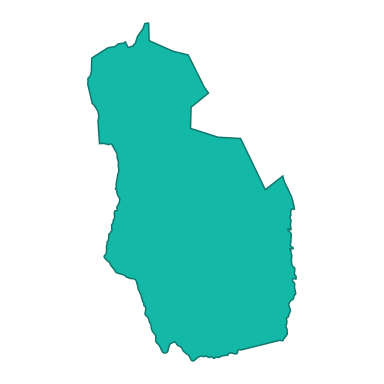 Guajiquiro, La Paz, Honduras
{"feature_id": "27666195B37681585704124", "entity_name": "Guajiquiro", "entity_type": "district", "adm_level": 2, "iso_a3": "HND", "parent_name": "Honduras", "parent_adm1": "La Paz", "projection": "equal_earth", "projection_center": [-87.784, 14.092], "detail": "fine", "context": "isolated", "style": "filled", "palette": "teal", "viewbox_px": 384, "rotation_deg": 0, "n_neighbors": 0, "source": "geoboundaries", "source_scale": "gbopen_adm2", "svg_char_len": 6040}
<svg xmlns="http://www.w3.org/2000/svg" viewBox="0 0 384 384"><path d="M208.5,93.0L204.2,87.0L188.2,55.0L172.6,51.1L149.1,40.6L149.0,35.2L148.6,23.2L147.9,23.0L146.1,23.4L145.3,23.4L145.1,23.5L144.8,23.7L142.9,28.9L140.0,32.8L137.6,36.4L137.1,37.7L136.7,39.2L136.1,40.8L135.8,42.1L135.6,42.6L135.0,43.5L133.3,45.3L133.0,46.1L128.1,47.5L125.4,41.9L124.6,42.5L123.5,43.1L122.0,43.4L118.5,43.8L117.9,44.1L116.9,45.1L115.7,46.0L114.2,46.8L113.4,46.9L111.9,47.1L108.8,47.6L107.2,48.2L91.8,58.0L91.3,72.4L90.9,73.1L90.7,74.4L90.1,75.8L89.4,77.0L88.6,77.5L88.3,77.8L88.1,78.5L87.9,79.3L88.0,81.7L87.8,84.2L87.9,84.9L88.3,86.5L92.3,103.7L93.3,104.4L94.2,105.3L96.9,109.6L97.4,110.5L97.8,111.4L98.2,113.0L98.5,114.1L98.7,115.6L98.7,117.4L98.6,118.3L98.1,119.7L98.0,120.9L99.5,143.7L100.5,143.5L104.0,143.5L107.2,144.2L108.4,144.6L108.9,144.6L110.1,144.0L110.7,143.9L111.2,144.0L111.9,144.5L112.2,144.9L112.5,146.0L112.9,146.2L113.4,146.9L113.7,147.7L114.2,148.8L115.6,151.1L116.9,153.7L117.1,154.7L117.3,155.6L117.1,157.3L117.2,158.0L118.2,161.1L118.5,162.4L118.5,163.1L118.3,164.3L118.3,165.8L118.8,169.8L118.8,170.8L118.5,172.5L117.7,174.7L117.3,178.2L117.0,179.5L116.6,180.7L116.5,182.2L116.1,184.1L116.3,186.3L116.2,187.0L116.0,187.7L115.6,188.3L115.5,188.7L115.5,189.0L116.4,189.8L116.6,190.1L116.8,190.9L116.9,192.8L117.3,194.1L117.5,194.8L119.0,197.4L119.6,198.4L119.8,199.3L119.8,199.9L119.5,200.8L119.1,203.1L118.8,203.5L117.9,205.4L116.8,206.9L116.8,207.9L117.2,209.5L117.1,210.1L116.9,210.4L116.6,210.6L115.0,210.8L114.7,211.3L114.4,211.9L114.3,212.8L114.3,213.7L114.6,216.3L114.4,218.1L113.1,220.9L113.1,221.4L113.2,222.3L113.1,222.8L112.2,224.0L111.7,224.8L111.6,225.3L111.6,226.0L111.7,227.0L111.7,229.2L111.9,230.0L111.9,230.5L111.6,231.0L110.7,231.9L109.8,233.6L108.8,234.1L108.8,234.6L108.9,235.4L108.8,237.2L108.3,240.5L107.8,241.3L107.5,241.6L107.2,241.6L107.1,241.8L107.2,243.4L107.1,244.1L106.7,245.1L106.5,246.7L106.4,247.7L106.6,249.0L106.5,250.1L106.5,251.7L106.3,252.8L106.1,253.6L105.7,254.3L105.4,254.7L104.8,255.2L104.2,256.0L104.1,256.6L104.2,257.2L105.4,258.8L105.9,259.3L106.9,260.4L108.0,261.3L108.9,261.8L109.3,262.2L110.5,264.8L110.9,265.5L114.2,269.5L115.6,271.9L115.9,272.3L117.0,272.8L118.3,273.4L121.2,274.1L124.3,275.2L125.5,276.1L126.6,277.2L127.5,277.4L129.1,278.1L131.1,278.6L133.2,278.7L134.0,278.9L135.6,279.8L136.0,280.4L136.4,281.3L136.7,282.6L137.7,286.1L138.1,288.9L139.6,291.8L139.9,292.9L141.0,295.1L141.6,297.7L142.3,299.7L142.9,302.0L143.5,302.9L143.8,303.1L143.9,303.3L143.9,303.8L143.8,304.7L143.9,305.3L144.1,305.9L144.4,306.2L144.8,306.4L145.2,306.4L145.6,307.4L145.7,308.5L145.6,310.1L145.5,310.9L145.0,313.3L145.1,314.1L145.2,314.8L145.6,315.3L147.2,316.6L147.9,317.6L148.6,318.7L148.9,319.5L149.4,322.0L150.0,323.1L150.5,323.7L151.0,325.4L151.2,326.3L151.4,328.6L152.3,331.0L152.8,331.8L153.9,333.3L155.1,334.5L155.5,335.2L155.7,335.9L155.8,337.0L155.6,339.6L155.9,341.5L156.1,342.1L156.7,342.9L157.5,343.6L159.0,345.1L160.3,347.4L160.4,347.7L161.7,350.6L162.8,352.4L164.1,353.0L165.2,353.0L165.5,352.9L165.9,352.9L167.6,351.8L167.7,351.6L167.9,351.0L169.2,345.6L169.5,345.0L170.1,344.1L170.5,343.6L171.0,343.3L172.2,342.9L174.0,342.1L174.5,342.0L175.0,342.0L175.3,342.2L175.6,342.5L176.9,344.5L177.3,345.0L178.5,345.8L180.7,346.9L181.2,347.2L181.8,348.2L182.9,350.5L183.3,351.1L187.4,354.5L188.7,355.2L189.3,356.3L189.9,357.6L190.2,358.1L190.5,358.9L191.0,359.8L191.7,360.5L192.3,360.8L192.9,361.0L193.5,360.9L194.2,360.5L195.4,359.6L197.2,357.9L199.4,356.6L200.8,356.0L201.2,356.0L201.7,356.2L203.4,356.7L204.4,356.5L205.7,356.1L206.5,356.1L207.0,356.3L207.5,356.8L208.1,357.1L209.5,357.5L210.2,357.2L211.0,356.6L211.5,356.5L212.1,356.9L213.3,358.2L213.7,358.3L214.1,358.3L216.4,357.1L217.3,357.2L218.4,357.5L219.0,357.4L221.6,355.9L223.2,355.8L224.9,355.4L225.6,355.5L226.2,355.2L227.2,355.3L227.8,355.2L228.1,354.4L228.5,353.8L229.0,353.3L229.5,353.0L230.6,353.0L231.9,353.1L234.9,353.9L235.8,353.9L236.6,353.8L237.1,353.4L237.4,353.0L237.6,352.2L237.7,351.2L238.1,350.3L238.3,350.1L239.9,349.5L240.3,349.6L240.9,350.0L279.7,340.3L283.0,340.7L283.5,339.4L283.8,338.8L285.4,336.9L286.3,335.7L287.0,334.5L287.3,333.7L287.1,330.0L286.9,328.8L286.6,328.1L286.0,327.2L285.9,326.7L285.9,326.0L286.4,324.7L286.9,322.3L286.9,321.1L286.6,320.0L286.6,318.0L286.8,317.7L288.0,317.2L288.4,316.7L288.6,316.1L288.8,315.0L289.0,314.1L290.3,311.6L290.4,311.0L290.4,310.2L290.2,309.4L288.8,305.2L288.7,304.6L288.7,304.0L289.8,302.0L290.7,300.7L291.3,300.2L292.6,299.7L293.2,299.1L293.5,298.5L293.9,296.3L294.3,295.6L295.6,294.0L295.7,293.7L295.6,292.7L294.5,287.6L294.6,285.6L294.7,284.3L294.6,283.7L294.4,283.1L294.1,282.6L293.9,282.3L293.4,282.1L292.9,281.5L292.6,280.8L292.5,280.1L292.6,279.6L292.8,279.2L293.1,278.8L293.5,278.6L294.2,278.6L295.7,279.1L296.0,279.0L296.1,278.8L296.2,278.4L296.0,276.6L295.8,275.7L294.8,274.7L294.6,274.3L294.4,273.7L294.4,272.8L294.7,270.9L294.8,268.1L294.5,267.8L293.0,266.6L292.5,265.9L292.0,265.1L291.7,264.1L291.6,263.5L291.4,259.4L291.5,257.6L291.9,256.1L291.8,255.9L291.7,255.1L290.8,252.0L290.8,251.6L291.0,251.0L291.0,250.7L290.0,249.8L289.7,249.3L289.8,248.8L290.1,248.6L291.3,248.6L292.2,248.9L292.9,248.7L293.1,248.5L293.2,248.3L293.0,247.8L292.4,247.1L290.8,246.4L290.5,246.1L290.4,245.7L290.4,245.3L290.9,241.4L291.1,236.9L291.3,235.0L291.2,234.1L290.9,233.4L290.2,232.3L289.1,231.0L288.2,230.2L287.9,229.9L287.9,229.5L287.9,229.3L288.1,229.0L288.3,228.8L288.5,228.7L289.1,228.9L290.5,229.7L290.8,229.7L291.0,229.5L291.0,228.7L290.7,227.5L290.6,226.6L290.5,224.3L290.8,222.3L291.0,221.2L291.0,220.6L290.7,219.5L290.0,218.1L289.8,217.3L290.6,215.8L290.8,215.2L290.8,214.7L290.6,212.4L291.1,210.1L291.3,209.4L291.7,209.1L292.1,208.9L293.9,209.4L294.3,209.1L294.4,208.8L294.0,206.9L293.6,204.2L293.4,204.0L293.2,203.3L292.6,200.5L291.2,195.8L290.2,194.1L287.1,187.2L286.2,185.8L285.2,183.8L284.1,181.0L283.3,178.1L282.8,176.0L265.3,189.7L240.6,138.5L217.9,137.2L190.5,128.4L191.1,107.2L208.5,93.0Z" fill="#14b8a6" stroke="#0f766e" stroke-width="1.5"/></svg>